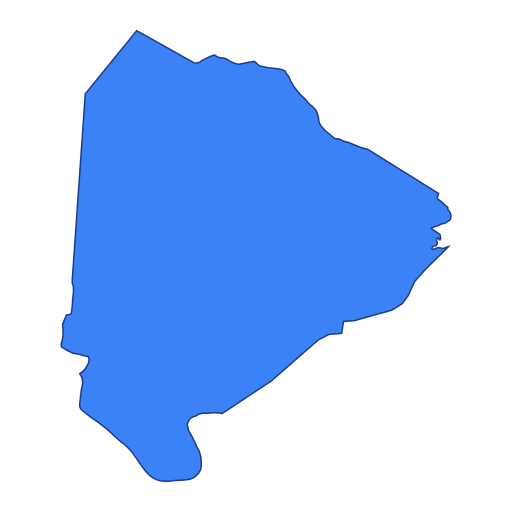 outline of Volet, Micoud, Saint Lucia
{"feature_id": "8701671B54248554179471", "entity_name": "Volet", "entity_type": "district", "adm_level": 2, "iso_a3": "LCA", "parent_name": "Saint Lucia", "parent_adm1": "Micoud", "projection": "orthographic", "projection_center": [-60.907, 13.826], "detail": "fine", "context": "isolated", "style": "filled", "palette": "blue", "viewbox_px": 512, "rotation_deg": 0, "n_neighbors": 0, "source": "geoboundaries", "source_scale": "gbopen_adm2", "svg_char_len": 4269}
<svg xmlns="http://www.w3.org/2000/svg" viewBox="0 0 512 512"><path d="M271.7,380.6L318.2,340.0L328.7,334.5L332.4,334.1L338.7,333.6L341.6,333.4L342.0,331.2L343.5,321.5L354.7,320.6L362.7,318.3L376.0,314.5L391.8,310.2L398.2,306.2L402.5,303.4L408.0,295.9L414.7,281.4L417.2,278.7L426.2,268.5L443.5,251.7L448.5,246.6L447.7,246.8L445.8,247.5L444.1,248.3L442.1,248.4L440.7,248.0L439.0,247.7L438.0,247.7L435.9,248.3L433.9,249.2L432.5,249.4L431.8,248.4L432.8,246.8L434.0,246.0L435.9,245.7L436.6,245.0L437.3,243.7L437.3,242.7L437.0,241.9L436.5,240.2L437.3,238.1L438.4,238.1L438.8,238.5L439.3,239.8L440.1,239.9L440.7,238.6L440.5,237.4L440.0,234.5L439.1,233.7L436.5,232.1L431.9,228.9L431.4,228.2L432.4,227.5L436.2,226.3L437.8,225.6L442.4,223.6L443.7,223.6L445.9,222.7L447.3,221.6L449.4,220.4L450.5,219.1L450.9,216.8L450.9,215.5L450.6,213.7L449.8,212.1L448.9,210.7L448.1,209.7L447.7,209.0L447.8,208.0L447.7,207.2L446.7,206.4L445.7,205.9L443.4,203.5L442.6,202.8L439.8,200.5L438.1,199.3L437.8,198.9L437.4,198.2L437.4,197.2L437.7,196.2L438.5,193.3L438.2,193.3L423.3,184.0L422.5,183.6L420.1,182.0L368.1,149.5L365.6,148.8L363.2,148.2L361.4,147.6L359.2,146.9L353.5,144.5L350.4,143.3L348.0,142.3L343.3,141.1L342.9,140.9L339.4,139.0L335.0,138.6L332.5,136.7L330.8,135.3L325.0,130.5L323.9,129.2L320.9,125.8L319.5,123.1L319.1,122.4L318.8,120.7L318.4,117.3L317.5,113.8L315.8,110.0L314.3,108.4L313.3,107.4L309.3,103.9L308.3,103.0L304.9,98.9L300.4,94.6L297.0,90.6L294.1,86.9L293.9,86.6L292.6,84.1L290.9,81.7L290.7,81.3L289.5,78.1L288.3,75.9L287.0,74.3L286.1,73.2L285.6,71.9L285.4,71.3L284.1,70.5L283.1,70.0L282.3,69.8L281.4,69.5L278.8,68.9L268.2,67.7L259.9,66.0L258.4,65.1L256.3,62.9L254.3,61.4L250.8,61.9L249.3,62.1L243.7,63.3L240.9,63.9L238.8,64.3L235.2,63.5L234.0,63.0L232.1,62.4L229.2,60.7L226.5,59.0L223.7,58.0L219.5,57.6L217.7,57.0L217.3,56.8L214.4,55.0L213.6,55.3L211.0,56.1L206.0,58.4L203.5,59.6L199.5,62.3L196.6,62.9L194.9,63.3L187.4,59.1L136.7,30.7L85.3,93.8L72.2,280.8L72.3,283.1L73.3,286.3L73.4,288.1L73.5,291.9L72.8,298.2L72.6,300.2L72.3,305.7L71.5,311.6L71.3,313.8L67.2,315.1L66.8,315.0L66.4,314.9L65.2,318.0L62.6,324.3L62.9,328.4L63.0,330.9L63.1,335.0L62.4,339.7L61.1,344.4L61.6,347.0L65.4,349.3L69.0,351.4L72.4,352.9L73.0,353.2L73.5,353.3L79.1,354.3L84.2,355.8L88.0,356.4L88.6,357.9L89.2,359.5L88.4,362.8L88.2,363.7L86.3,367.1L85.2,368.9L82.4,371.7L79.7,373.7L80.0,374.2L80.6,375.1L81.3,376.3L81.6,376.8L82.2,378.3L82.4,379.7L82.5,380.3L82.6,381.4L82.7,383.3L82.3,385.7L82.0,386.8L81.7,388.1L81.4,389.7L81.3,390.7L81.0,392.2L80.9,393.3L80.6,395.8L80.4,397.3L80.2,399.8L79.9,402.4L79.7,404.3L79.7,405.1L79.7,405.3L79.8,406.6L80.0,407.2L80.7,408.8L81.9,410.1L83.4,411.4L84.3,412.2L86.7,414.0L89.1,415.9L91.1,417.4L95.0,420.0L96.9,421.4L98.3,422.4L98.7,422.7L100.5,424.1L103.4,426.4L105.6,428.0L108.1,430.2L111.0,432.9L111.3,433.1L114.3,436.0L116.7,438.1L117.3,438.6L119.3,440.4L120.6,441.4L121.6,442.3L124.4,444.4L125.9,445.7L126.2,446.0L127.5,447.3L128.7,448.5L130.1,450.0L131.2,451.3L133.3,453.9L135.5,457.0L138.2,460.9L139.5,462.9L139.8,463.4L142.1,466.5L143.3,468.2L144.4,469.7L145.9,471.5L146.5,472.1L147.2,472.9L147.6,473.3L148.6,474.4L150.1,475.8L150.6,476.1L151.6,476.9L152.5,477.5L154.7,478.8L156.0,479.4L156.4,479.6L157.8,480.0L158.2,480.2L159.1,480.4L160.8,480.9L162.6,481.1L162.9,481.1L164.6,481.3L167.8,481.3L168.9,481.2L170.6,481.0L173.3,480.7L174.0,480.6L175.9,480.4L177.7,480.4L178.4,480.3L182.0,480.2L184.4,480.0L188.3,479.5L190.3,479.1L192.2,478.3L193.7,477.6L195.4,476.4L196.5,475.4L196.8,475.0L197.4,474.4L197.6,474.2L198.9,472.8L199.1,472.0L200.3,470.5L200.9,468.1L201.2,466.6L201.2,463.4L201.1,459.2L200.1,454.0L198.9,450.4L198.2,449.2L197.2,447.6L196.9,447.1L195.2,443.2L192.8,438.1L192.5,437.4L188.4,430.2L187.2,424.2L189.0,420.0L191.3,417.6L196.8,415.6L198.1,414.5L199.0,414.1L199.5,414.0L200.0,413.8L200.9,413.6L201.7,413.5L202.4,413.4L203.0,413.2L203.9,413.2L204.6,413.3L205.3,413.3L206.0,413.3L206.7,413.3L207.4,413.3L208.0,413.2L208.7,413.1L209.3,413.1L210.0,413.0L210.7,413.0L211.4,412.9L212.2,412.8L212.8,412.8L213.4,412.8L213.8,412.8L214.1,412.8L214.5,412.8L214.9,412.8L215.6,412.8L216.3,412.8L217.1,412.9L217.7,412.9L218.4,412.9L219.0,412.9L219.6,413.0L222.0,413.6L271.4,380.9L271.7,380.6Z" fill="#3b82f6" stroke="#1e3a8a" stroke-width="1.5"/></svg>